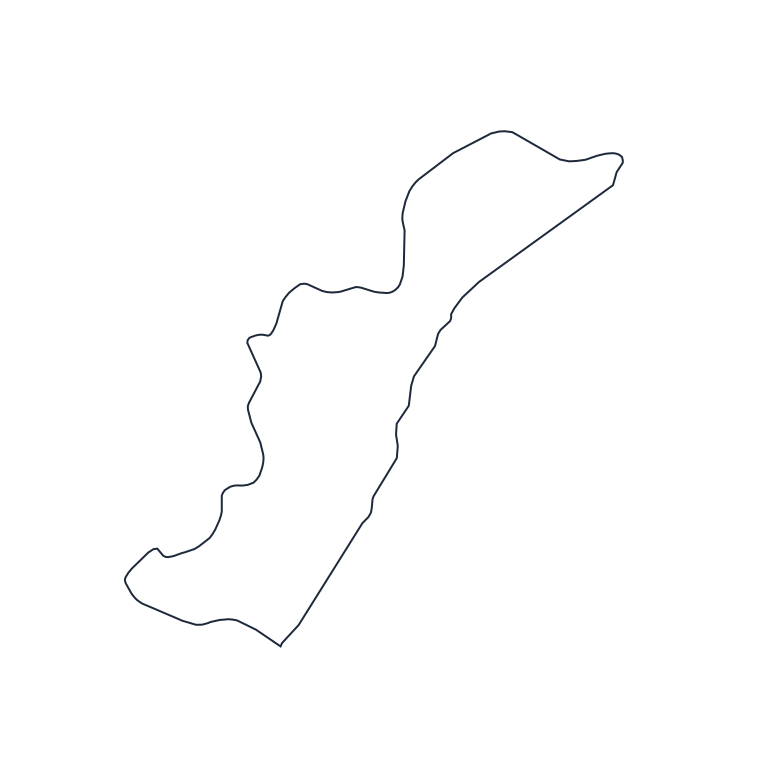 outline of Greater Accra, rotated 320°
{"feature_id": "GHA-2172", "entity_name": "Greater Accra", "entity_type": "Region", "adm_level": 1, "iso_a3": "GHA", "parent_name": "Ghana", "parent_adm1": "", "projection": "mercator", "projection_center": [0.02, 5.749], "detail": "fine", "context": "isolated", "style": "outline", "palette": "slate", "viewbox_px": 768, "rotation_deg": 320, "n_neighbors": 0, "source": "natural_earth", "source_scale": "10m", "svg_char_len": 2032}
<svg xmlns="http://www.w3.org/2000/svg" viewBox="0 0 768 768"><g transform="rotate(320 384 384)"><path d="M687.2,378.9L522.5,366.9L499.6,368.1L486.9,371.1L480.4,373.6L477.7,376.8L475.0,378.3L462.1,378.9L457.6,380.4L447.5,387.7L411.8,397.4L403.6,402.9L389.0,416.6L368.2,422.6L360.7,430.5L354.8,440.2L346.2,449.0L303.8,463.3L301.3,464.8L294.3,471.7L291.2,474.2L286.5,475.9L278.1,476.7L163.6,513.8L139.4,516.9L136.1,518.5L128.0,489.9L119.6,470.9L117.2,467.8L113.8,464.3L106.4,459.1L98.1,454.8L95.2,453.9L89.9,451.4L85.3,447.7L77.4,435.8L57.6,396.7L56.4,392.6L55.9,390.2L55.7,387.3L55.8,382.7L58.0,370.9L58.6,369.3L59.5,367.6L60.9,366.5L62.2,365.8L66.8,364.3L72.1,363.3L95.2,361.6L101.1,362.3L104.5,364.4L104.5,373.6L105.5,376.0L107.4,377.9L112.3,380.6L120.5,383.6L123.0,384.8L132.7,388.6L138.1,389.4L151.4,389.9L155.7,388.9L161.0,387.1L170.1,382.7L174.6,379.9L177.7,377.5L187.9,365.3L190.7,363.8L194.2,363.0L200.3,363.9L203.8,365.5L206.6,367.5L208.5,369.3L210.5,371.0L215.0,373.8L220.6,375.7L224.7,375.4L229.6,374.1L237.1,369.6L241.0,366.5L243.7,363.8L245.3,361.7L246.6,359.5L251.7,349.1L257.5,328.4L263.4,316.0L265.4,313.5L268.3,311.7L290.8,302.5L294.8,299.2L296.9,296.0L305.7,264.7L307.7,262.8L310.8,262.1L316.6,264.2L320.0,266.0L322.6,268.1L326.2,272.4L328.1,273.1L329.9,272.9L334.0,271.6L340.4,268.5L359.6,255.5L363.5,254.3L369.8,253.1L377.2,253.1L384.0,253.7L387.4,255.9L389.4,258.2L396.5,273.0L399.6,277.2L403.4,280.8L407.7,283.9L410.0,285.3L424.7,291.6L427.0,293.8L428.7,296.0L435.7,306.9L439.1,310.8L444.6,316.1L446.8,317.6L449.7,318.7L453.0,319.2L457.2,318.9L460.2,317.9L467.3,313.6L475.4,305.9L498.5,279.6L502.7,271.5L504.3,269.1L508.1,265.1L518.1,257.7L527.4,252.6L532.6,250.9L538.0,249.8L541.7,249.6L542.1,249.5L585.5,251.6L627.1,260.9L634.5,264.6L638.9,267.9L644.2,273.6L663.0,325.0L669.0,332.5L675.0,337.0L682.4,341.7L693.9,346.1L701.5,349.9L705.9,352.9L708.0,354.6L709.8,356.6L711.4,359.2L712.3,362.9L710.8,366.0L709.1,368.0L698.5,371.2L687.2,378.9L687.2,378.9Z" fill="none" stroke="#1e293b" stroke-width="2"/></g></svg>